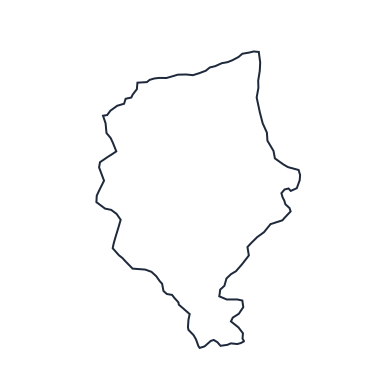 Kivisili, Larnaca, Cyprus, rotated 12°
{"feature_id": "46923920B59918877113180", "entity_name": "Kivisili", "entity_type": "district", "adm_level": 2, "iso_a3": "CYP", "parent_name": "Cyprus", "parent_adm1": "Larnaca", "projection": "mercator", "projection_center": [33.515, 34.826], "detail": "fine", "context": "isolated", "style": "outline", "palette": "slate", "viewbox_px": 384, "rotation_deg": 12, "n_neighbors": 0, "source": "geoboundaries", "source_scale": "gbopen_adm2", "svg_char_len": 1854}
<svg xmlns="http://www.w3.org/2000/svg" viewBox="0 0 384 384"><g transform="rotate(12 192 192)"><path d="M228.2,41.1L227.9,41.2L223.1,41.7L219.0,43.7L212.5,46.3L209.4,50.3L204.0,54.8L199.8,57.6L194.4,59.8L188.5,64.1L183.5,66.5L180.3,70.5L174.5,74.2L168.7,77.5L161.7,78.3L153.7,80.2L149.9,82.3L143.3,85.8L135.9,87.3L131.5,88.8L127.3,91.1L125.0,93.9L115.9,96.4L116.7,102.9L113.7,109.1L113.0,112.2L107.7,114.6L107.2,119.8L100.9,123.2L95.3,129.4L93.0,134.4L89.1,135.9L93.2,142.8L96.1,152.1L101.2,156.1L104.5,160.5L109.5,168.0L106.7,170.9L102.3,175.2L102.1,175.4L95.8,182.0L96.0,187.3L103.6,199.2L100.8,210.1L99.6,215.4L100.2,219.2L100.6,221.8L110.4,226.3L116.7,226.3L122.8,229.1L128.0,234.0L127.4,242.3L126.6,251.4L126.1,258.5L126.1,263.5L133.7,269.1L137.6,271.0L140.8,273.3L149.8,279.3L162.4,277.6L168.9,278.5L174.4,281.7L179.2,286.1L181.8,287.9L184.7,294.8L188.6,297.0L193.9,296.8L196.7,299.2L201.7,302.8L202.5,304.9L215.1,311.9L215.1,317.7L216.2,325.3L217.2,327.6L223.3,331.7L226.6,335.4L230.3,341.4L231.9,342.9L236.4,340.4L241.3,333.8L244.0,332.2L248.0,333.6L251.9,336.5L253.3,336.0L258.5,334.1L261.4,332.0L267.9,331.3L271.0,329.7L273.6,327.6L273.8,327.0L271.9,324.9L271.2,319.6L265.6,314.8L257.0,310.5L258.0,306.4L263.1,301.4L266.1,294.0L263.8,287.7L258.5,287.7L248.5,289.9L240.4,288.4L239.9,281.6L243.2,277.0L243.7,269.4L247.2,264.3L251.5,260.3L256.0,252.2L260.8,242.3L257.7,234.3L260.5,229.6L265.2,222.5L270.8,216.3L275.5,207.1L286.3,200.9L287.9,198.0L290.4,193.9L292.5,190.5L290.7,187.4L286.0,184.7L283.9,181.0L281.8,178.5L279.7,174.6L282.0,170.3L285.7,168.5L288.4,170.4L293.7,166.5L294.9,158.1L294.2,152.9L291.7,148.3L280.7,147.7L275.8,146.1L266.1,141.9L263.2,134.9L255.1,126.1L252.9,118.3L246.9,110.2L241.7,99.8L235.6,86.1L235.3,76.3L233.6,69.4L233.1,59.5L232.9,58.2L231.8,51.2L228.2,41.1Z" fill="none" stroke="#1e293b" stroke-width="2"/></g></svg>